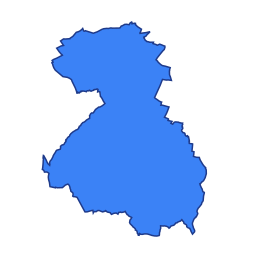 Miercurea Sibiului, Sibiu, Romania (Albers equal-area conic projection), rotated 5°
{"feature_id": "2599482B78726176605362", "entity_name": "Miercurea Sibiului", "entity_type": "district", "adm_level": 2, "iso_a3": "ROU", "parent_name": "Romania", "parent_adm1": "Sibiu", "projection": "albers", "projection_center": [23.786, 45.868], "detail": "fine", "context": "isolated", "style": "filled", "palette": "blue", "viewbox_px": 256, "rotation_deg": 5, "n_neighbors": 0, "source": "geoboundaries", "source_scale": "gbopen_adm2", "svg_char_len": 5789}
<svg xmlns="http://www.w3.org/2000/svg" viewBox="0 0 256 256"><g transform="rotate(5 128 128)"><path d="M192.1,218.2L194.4,219.2L195.0,220.1L195.1,221.1L195.3,221.4L196.4,222.1L198.3,222.7L198.7,223.5L199.5,224.5L199.6,225.1L200.3,226.3L201.5,228.1L203.3,225.7L203.4,225.1L203.3,224.2L201.8,221.6L201.5,220.6L200.8,219.1L200.5,217.7L200.5,216.8L201.5,213.4L202.2,212.1L203.4,211.1L203.4,210.5L203.9,210.2L205.0,207.3L204.8,206.7L204.0,205.2L204.1,203.9L204.9,201.8L206.0,200.4L207.8,197.6L208.2,195.5L208.8,194.9L209.2,193.7L209.2,189.1L209.7,185.9L209.6,185.5L208.1,184.9L207.1,182.2L206.4,181.3L204.8,178.4L204.6,177.8L204.8,177.9L205.1,177.1L205.9,175.9L206.1,175.4L206.7,175.1L207.9,173.8L209.2,170.8L210.0,166.7L209.6,163.1L209.2,162.1L208.7,161.6L208.9,160.9L206.6,158.8L205.5,157.5L202.9,153.9L202.2,152.6L201.6,151.1L198.7,151.2L195.7,150.6L195.8,148.9L195.8,145.9L193.7,145.5L193.8,141.9L193.8,138.7L193.7,138.2L190.4,138.0L190.0,135.9L190.3,135.8L190.2,135.2L189.1,131.7L188.8,132.0L188.6,131.8L187.9,130.5L186.8,131.1L185.9,130.4L185.5,129.8L185.4,128.9L184.9,128.5L184.8,128.1L183.9,127.8L183.3,127.9L181.7,126.3L181.7,125.0L182.4,124.2L182.6,123.3L182.3,122.7L181.8,122.3L182.1,121.8L181.7,121.3L181.7,120.9L182.2,119.8L181.8,119.3L182.0,118.4L180.0,118.4L179.2,118.1L178.5,118.2L177.8,117.8L174.8,117.8L173.6,118.2L172.2,120.3L170.3,119.6L171.3,117.6L167.2,117.0L167.6,115.7L167.4,115.4L163.4,114.1L165.0,110.3L165.8,107.9L167.0,103.5L160.5,102.3L158.8,102.4L159.0,101.8L159.0,100.9L158.8,100.5L158.9,99.7L159.2,99.3L157.0,98.6L152.5,96.0L151.8,95.4L156.3,82.7L158.1,76.6L162.0,76.9L163.9,76.6L167.1,76.8L165.5,72.7L165.2,72.4L164.7,71.2L164.3,67.7L164.5,67.1L164.3,66.7L164.8,64.2L160.0,63.2L156.7,62.8L155.2,62.0L153.3,60.6L151.8,59.3L151.7,58.9L150.0,57.6L151.1,55.4L152.8,52.8L156.0,48.1L157.3,46.6L157.8,44.2L157.5,43.1L156.3,43.0L155.4,42.6L152.3,41.7L149.9,43.0L148.7,42.4L145.5,41.7L145.9,40.3L141.8,40.7L141.4,40.4L139.1,40.2L139.0,39.9L137.5,39.1L137.1,38.2L136.1,37.1L136.0,36.9L136.3,36.5L135.9,36.1L138.0,34.8L138.9,33.2L139.9,32.2L140.9,31.0L141.2,30.6L141.0,30.3L138.0,31.3L131.7,32.7L131.6,32.2L132.2,30.9L132.8,28.4L129.0,26.4L126.6,24.6L126.4,24.4L126.6,24.1L126.3,23.7L126.3,23.1L125.6,23.0L122.9,23.8L122.7,22.3L122.4,22.1L121.1,23.0L120.1,25.0L117.8,24.8L115.8,25.0L113.5,26.6L112.4,27.0L111.4,28.8L110.6,29.2L103.8,29.9L102.2,29.8L99.7,30.6L98.2,30.6L95.2,31.2L93.4,32.0L89.1,34.8L85.2,36.6L77.0,34.8L76.5,35.3L75.7,35.3L75.3,35.0L74.2,32.8L73.3,34.0L71.4,35.7L70.1,36.4L68.1,37.2L65.1,41.5L62.4,43.7L62.3,43.8L62.3,44.1L57.4,44.9L56.3,44.8L55.6,45.2L53.2,47.2L56.6,51.4L54.2,52.1L50.0,54.7L52.7,57.9L55.0,60.2L55.8,60.6L56.3,61.2L50.8,64.7L47.9,66.2L46.5,67.3L47.6,68.9L46.5,69.5L46.6,69.9L47.5,71.2L47.7,72.1L48.8,74.4L50.5,76.7L58.7,82.5L63.1,82.8L65.5,83.6L67.5,84.8L68.2,86.4L72.0,92.7L73.4,95.7L74.1,97.7L75.0,97.5L75.1,97.0L75.4,97.4L76.0,97.1L76.5,97.3L76.7,97.1L76.8,96.6L77.9,96.1L78.0,96.0L77.7,95.7L78.0,95.3L78.5,95.3L78.8,95.6L79.5,95.1L80.6,95.1L82.9,95.3L83.2,95.5L83.5,95.0L84.3,94.4L85.1,94.5L86.0,94.2L86.1,93.8L86.4,93.7L86.7,93.8L86.9,94.2L87.3,94.4L88.2,94.5L89.0,94.0L90.3,93.5L90.6,92.9L91.0,93.0L91.7,92.4L92.7,92.5L93.7,91.8L94.5,92.0L94.8,92.3L94.6,93.6L94.6,94.7L95.7,94.2L96.8,94.5L97.8,99.0L98.3,99.3L99.6,100.9L101.2,103.5L102.9,105.6L101.5,107.1L100.1,108.3L98.3,109.5L96.8,109.8L95.9,110.8L95.5,111.0L94.8,111.8L94.2,112.1L93.4,113.4L93.2,114.1L92.6,114.8L92.5,115.4L92.2,115.7L91.8,116.1L90.4,116.2L89.4,117.3L89.2,118.1L88.6,119.0L88.9,120.3L88.8,121.2L88.9,121.8L87.9,122.3L85.9,123.7L84.9,125.0L83.7,126.0L82.4,126.6L82.1,127.1L81.3,128.0L80.7,129.3L80.7,129.7L79.4,130.5L79.2,131.1L79.2,131.7L78.9,131.9L78.8,132.7L78.4,133.2L77.7,133.9L75.9,134.8L75.6,135.2L73.6,136.6L71.4,138.8L71.2,139.5L70.7,139.9L70.5,141.0L70.1,141.7L69.5,141.9L68.4,143.3L68.2,144.0L68.0,144.3L67.2,144.9L67.5,145.4L67.0,146.3L67.3,147.0L66.4,148.1L65.6,149.9L65.2,150.2L63.7,150.7L63.5,151.0L62.4,152.0L62.4,152.8L62.6,153.4L62.4,155.0L59.0,156.3L58.5,156.8L57.7,158.7L56.6,160.7L55.9,162.2L55.8,163.0L54.6,166.0L53.3,167.8L52.9,169.4L53.3,171.1L53.2,172.0L51.4,170.6L50.3,169.0L49.2,166.9L46.4,162.8L46.1,162.7L46.0,165.2L46.0,165.4L46.4,165.5L46.5,166.2L46.4,167.7L46.5,170.2L46.5,174.6L46.3,176.8L47.0,177.0L47.7,177.5L48.3,178.4L48.6,179.2L51.0,178.9L52.6,179.6L53.2,180.1L52.9,182.5L52.9,184.0L53.4,186.3L54.5,189.2L55.4,193.2L60.9,193.9L61.0,193.4L62.8,193.7L67.9,193.1L70.6,190.3L73.0,189.1L74.1,189.9L74.7,190.7L75.4,192.4L75.5,193.1L76.4,194.9L76.4,195.5L76.7,196.1L78.3,197.1L78.7,197.5L79.1,198.7L78.9,200.7L79.5,201.1L81.4,201.1L82.9,201.4L83.4,201.6L92.4,215.3L93.2,215.3L94.9,215.0L98.6,213.5L100.2,213.1L100.8,215.6L101.2,214.7L102.1,214.1L103.4,214.2L105.0,212.9L106.4,212.7L109.9,213.8L110.4,213.5L111.2,213.5L111.6,212.9L112.6,212.9L113.0,212.3L114.6,213.5L117.7,213.9L118.3,214.8L119.1,215.5L121.4,214.2L123.3,213.8L123.8,213.8L125.5,214.7L126.1,212.9L127.2,212.8L127.6,212.4L128.9,212.7L129.8,212.5L131.7,211.9L132.4,211.3L134.6,214.3L135.1,214.3L136.4,215.6L139.5,216.8L139.0,218.1L138.0,219.5L137.8,222.0L138.5,223.2L141.2,225.5L141.7,226.2L142.4,226.5L144.0,227.7L144.2,228.2L144.2,229.0L145.0,229.2L145.8,229.8L146.4,231.3L146.5,232.1L147.2,232.8L147.6,233.9L148.4,233.9L148.4,232.4L148.7,232.0L149.9,232.8L151.5,232.7L154.0,232.0L156.5,231.9L158.7,232.3L161.0,232.9L163.7,233.2L166.2,233.1L168.4,232.4L168.6,231.8L168.5,229.4L168.8,228.4L168.9,226.5L169.3,225.2L169.0,222.6L171.6,222.6L172.8,222.3L175.2,222.6L176.7,223.3L177.6,224.2L178.5,223.5L178.9,222.5L179.2,222.1L180.8,221.3L182.1,220.9L183.3,219.5L183.7,218.6L184.1,218.4L185.0,218.3L185.5,217.6L187.7,216.4L188.4,216.2L189.6,214.6L189.9,214.9L190.4,215.7L191.4,216.4L191.8,217.2L192.1,218.2Z" fill="#3b82f6" stroke="#1e3a8a" stroke-width="1.5"/></g></svg>